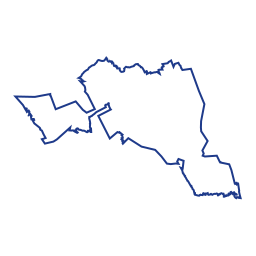 the district of Alaquines, San Luis Potosí, Mexico
{"feature_id": "50627088B47370216611789", "entity_name": "Alaquines", "entity_type": "district", "adm_level": 2, "iso_a3": "MEX", "parent_name": "Mexico", "parent_adm1": "San Luis Potosí", "projection": "orthographic", "projection_center": [-99.627, 22.081], "detail": "fine", "context": "isolated", "style": "outline", "palette": "blue", "viewbox_px": 256, "rotation_deg": 0, "n_neighbors": 0, "source": "geoboundaries", "source_scale": "gbopen_adm2", "svg_char_len": 5734}
<svg xmlns="http://www.w3.org/2000/svg" viewBox="0 0 256 256"><path d="M190.9,68.8L182.4,70.0L181.9,69.1L181.2,68.2L181.2,67.6L180.7,66.8L180.5,65.7L179.6,65.1L178.4,62.8L174.8,63.9L173.5,66.8L171.1,60.5L169.8,61.4L168.7,61.9L167.7,63.2L167.3,63.3L162.4,64.1L162.6,64.6L162.9,64.6L163.2,65.1L163.6,66.4L162.1,67.1L162.2,67.6L161.7,67.7L161.8,68.4L162.4,69.6L159.1,69.7L158.5,69.9L158.9,72.3L159.5,73.1L159.7,73.8L158.2,72.8L157.3,71.9L157.0,71.9L155.0,72.4L154.4,72.3L150.8,73.4L150.7,72.9L151.0,72.6L150.4,72.2L146.8,74.0L146.6,73.0L146.9,72.8L146.8,72.5L147.0,72.4L147.0,71.8L146.8,71.2L146.6,71.1L144.7,72.3L144.2,71.3L144.2,71.0L142.6,68.2L141.5,67.1L140.8,67.2L140.6,66.7L139.8,65.8L138.4,65.1L138.0,64.1L137.4,64.0L135.6,64.3L134.9,64.9L134.5,65.1L134.0,65.9L133.7,65.9L133.5,66.2L131.5,66.7L129.8,67.4L129.0,67.4L128.6,67.2L127.7,67.3L126.0,66.8L125.2,67.5L124.1,68.7L124.4,69.3L124.4,69.7L124.1,71.2L123.1,71.7L121.5,71.9L120.7,71.5L119.8,70.2L119.8,68.9L119.6,68.3L117.2,68.5L117.1,68.3L117.2,68.0L117.4,68.0L117.3,67.4L117.1,67.5L116.8,67.4L116.7,67.1L115.8,66.6L116.1,66.5L116.3,65.8L115.9,65.7L115.9,65.9L116.1,65.8L115.8,66.0L115.5,65.8L115.3,65.9L115.4,66.1L114.9,65.8L114.1,65.9L113.4,64.1L113.4,63.3L112.8,62.7L112.3,61.8L111.9,61.8L112.1,62.0L111.8,62.5L111.5,61.5L110.9,61.8L110.6,61.5L110.3,61.3L110.3,61.5L109.8,61.5L109.2,61.4L108.5,61.6L107.4,60.5L107.3,60.3L107.3,59.7L107.2,59.7L106.8,58.4L106.5,58.4L106.2,57.9L105.0,59.7L103.9,60.8L102.1,61.0L100.8,60.7L98.8,60.0L98.3,60.1L97.6,60.7L97.2,61.3L97.0,61.8L96.2,62.9L95.3,63.6L94.8,64.4L93.8,65.1L92.7,65.3L92.1,65.5L90.5,66.6L89.8,67.2L89.0,67.6L88.1,69.2L87.8,69.6L86.5,70.2L84.1,72.0L83.2,73.2L82.3,74.0L81.2,76.2L80.7,76.7L78.8,77.9L79.8,78.1L80.1,78.6L81.4,79.1L81.7,79.8L82.1,80.1L82.7,80.3L83.2,81.2L83.8,81.4L82.6,81.8L80.2,81.3L84.6,86.2L84.8,86.9L85.0,87.2L85.4,90.1L85.2,90.4L85.1,91.3L84.9,91.6L87.7,94.8L94.8,109.1L86.6,112.7L82.8,109.8L75.7,101.4L55.7,109.2L50.5,95.3L50.2,95.3L50.2,94.0L34.9,96.9L15.4,96.5L23.0,105.1L25.3,109.2L26.0,108.4L26.7,108.6L26.7,109.6L26.8,110.3L26.7,110.8L26.3,110.8L26.9,112.0L28.7,110.6L29.3,111.5L28.9,112.0L29.3,113.0L29.1,114.6L30.1,113.8L30.3,114.1L29.7,114.5L29.6,114.4L29.3,114.8L29.5,114.8L30.2,114.5L30.6,115.1L31.1,115.2L31.3,115.5L31.0,115.6L31.3,116.2L30.9,116.4L31.4,119.3L32.5,119.3L32.9,119.0L33.8,119.0L34.2,120.0L33.7,120.3L32.7,120.5L34.3,123.4L39.8,127.8L40.2,128.6L40.0,128.8L40.3,129.7L41.9,130.6L43.6,134.4L45.6,138.0L44.2,138.5L41.9,139.2L44.9,143.6L53.4,141.6L56.9,139.4L70.2,127.5L69.5,130.4L70.4,130.4L71.0,130.6L72.3,130.4L73.9,130.5L73.6,130.8L74.5,131.4L75.9,132.2L76.4,132.3L76.8,132.7L77.4,132.8L77.7,132.5L77.3,132.1L76.8,132.0L76.2,131.4L76.3,130.7L76.1,129.3L76.6,128.7L77.2,128.4L77.7,128.4L78.1,128.7L78.3,129.3L78.8,129.6L80.1,129.9L80.3,129.8L81.2,130.1L82.5,130.7L83.2,130.7L83.8,130.6L84.5,130.8L86.7,132.1L87.2,132.2L87.8,131.9L87.9,130.9L88.6,131.0L89.7,130.2L89.9,131.2L90.2,131.7L90.6,132.0L91.2,132.0L91.0,128.4L90.7,128.1L90.2,128.2L89.9,127.0L90.1,124.3L89.9,123.9L89.9,123.6L90.2,123.3L89.9,121.2L89.2,118.4L89.3,116.9L90.3,116.8L91.0,116.2L91.8,116.0L92.3,115.4L94.5,113.8L96.3,112.1L105.8,107.2L105.5,106.6L105.2,105.3L105.8,104.7L107.0,104.6L107.7,104.3L108.3,103.3L108.2,102.6L108.8,103.4L108.6,103.9L108.6,104.3L109.3,107.0L109.7,107.6L110.1,108.6L110.8,109.5L98.3,115.9L109.8,138.5L117.4,132.1L118.3,132.5L119.4,132.1L119.9,132.9L120.3,132.8L122.3,134.5L121.5,134.9L121.5,135.2L122.2,135.7L122.7,137.5L121.7,138.1L122.4,138.8L121.6,139.5L123.0,140.4L122.3,141.0L122.3,141.3L123.1,142.0L122.6,143.2L122.9,143.7L128.3,138.2L141.5,146.6L155.2,149.9L161.4,156.4L166.9,163.6L170.7,164.1L175.9,163.5L178.5,163.8L177.2,161.5L178.5,159.0L183.6,160.8L182.7,168.5L180.8,167.8L182.3,170.5L182.8,172.9L183.3,173.3L183.2,173.6L183.4,173.9L183.9,174.4L184.2,175.1L184.9,175.7L184.7,176.0L184.8,176.4L185.6,177.3L186.1,178.2L186.3,178.8L186.9,179.6L187.4,180.8L187.8,180.9L188.2,181.4L190.7,185.8L191.1,185.7L191.4,185.9L191.5,187.1L192.1,187.5L192.5,189.0L193.2,189.5L193.7,190.2L194.5,193.7L195.0,193.5L195.0,194.7L197.8,195.5L199.1,195.7L199.4,195.6L199.8,195.0L200.5,194.7L200.8,194.9L202.7,195.1L202.9,194.8L202.9,194.5L203.0,194.2L203.1,193.4L203.4,193.2L203.9,193.4L204.5,194.4L205.2,194.9L205.6,194.9L205.7,194.7L205.8,194.2L205.6,193.9L205.7,193.5L206.7,193.5L207.7,193.1L208.1,194.5L208.4,194.8L209.9,194.6L210.2,194.5L210.5,194.0L210.8,193.9L211.1,193.9L212.0,194.7L212.4,194.8L213.4,194.1L214.7,193.8L215.6,193.9L216.8,193.5L217.3,193.8L217.7,194.3L217.9,195.3L218.3,195.3L218.6,195.1L218.8,194.4L219.0,194.1L219.3,194.0L219.4,194.3L219.8,194.4L220.2,194.1L220.4,193.7L221.3,193.2L222.3,193.6L222.6,193.9L223.5,193.7L223.6,193.9L223.6,194.6L224.1,195.2L223.7,196.0L223.8,196.2L224.1,196.2L224.0,196.7L224.4,196.7L225.6,196.1L226.1,195.4L226.3,195.7L226.7,195.9L227.6,195.3L228.3,195.5L228.7,195.3L228.9,195.0L228.9,194.6L228.5,194.1L228.5,193.8L228.6,193.6L228.8,193.5L229.2,193.6L229.5,194.3L229.9,194.4L230.4,194.2L230.6,193.8L230.5,192.6L230.6,192.1L231.1,191.9L231.3,192.1L231.9,193.1L232.6,193.8L233.0,192.8L234.0,192.3L234.4,193.1L234.5,194.4L235.5,193.6L236.6,194.3L236.7,194.6L236.4,194.7L234.9,194.3L234.5,194.4L234.2,194.9L234.5,196.5L235.5,197.7L236.2,198.1L236.7,197.2L237.1,197.1L238.3,197.5L238.5,197.4L238.5,197.8L240.6,198.1L239.7,194.8L239.0,191.6L239.2,190.9L238.1,183.5L237.3,183.5L237.2,184.4L236.9,184.5L236.8,183.9L236.5,183.9L236.5,183.3L235.6,183.7L235.6,183.4L235.2,183.7L234.8,183.6L231.4,170.1L229.2,164.3L220.4,162.5L220.4,162.0L219.8,161.9L216.8,155.7L204.9,156.5L202.7,155.7L203.7,153.5L202.4,150.5L207.6,141.0L201.2,131.3L200.9,127.5L201.1,121.1L204.4,104.1L198.9,90.9L190.9,68.8Z" fill="none" stroke="#1e3a8a" stroke-width="2"/></svg>